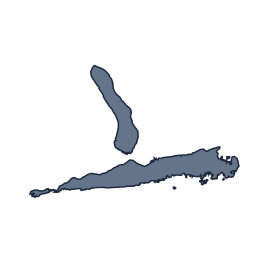 the district of Kepulauan Sula, Maluku Utara, Indonesia, rotated 173°
{"feature_id": "22746128B81791072961966", "entity_name": "Kepulauan Sula", "entity_type": "district", "adm_level": 2, "iso_a3": "IDN", "parent_name": "Indonesia", "parent_adm1": "Maluku Utara", "projection": "mercator", "projection_center": [125.8, -2.114], "detail": "fine", "context": "isolated", "style": "filled", "palette": "slate", "viewbox_px": 256, "rotation_deg": 173, "n_neighbors": 0, "source": "geoboundaries", "source_scale": "gbopen_adm2", "svg_char_len": 5536}
<svg xmlns="http://www.w3.org/2000/svg" viewBox="0 0 256 256"><g transform="rotate(173 128 128)"><path d="M36.6,66.3L34.5,66.7L34.1,68.0L33.1,67.0L31.1,66.6L29.6,66.9L27.7,69.9L28.4,70.7L28.7,70.1L30.9,70.5L31.4,71.1L31.3,72.1L30.3,72.0L28.7,72.7L28.7,72.3L27.5,72.2L27.7,71.8L27.3,71.5L26.1,71.8L26.0,72.7L25.1,73.1L24.3,74.9L22.6,76.4L22.9,81.2L23.5,84.5L24.9,85.6L25.7,86.8L28.0,86.6L28.4,86.1L29.4,83.3L29.3,82.5L29.8,82.1L29.4,80.4L30.1,79.2L31.1,79.5L30.7,81.0L31.0,82.2L31.6,82.0L31.8,81.4L32.1,82.2L33.7,83.0L34.3,81.6L34.5,82.6L35.2,83.0L34.6,84.2L35.7,84.2L36.2,83.0L36.2,83.4L36.8,83.5L37.0,84.9L37.6,84.9L37.9,85.3L38.4,84.6L39.4,85.0L39.7,85.9L41.8,86.4L42.7,89.1L41.7,91.8L42.6,92.8L43.1,93.9L41.6,95.4L39.3,96.8L39.1,97.8L39.9,98.2L41.8,98.0L42.5,97.4L44.2,97.6L51.2,96.0L51.7,95.3L52.8,95.2L54.9,96.7L54.8,97.1L55.7,97.8L58.9,97.8L65.2,95.4L67.0,95.4L67.4,94.6L68.2,94.2L70.9,94.5L72.9,94.1L77.7,94.5L78.2,93.9L78.3,94.3L79.3,94.6L84.9,94.7L88.5,94.2L96.1,94.4L99.1,93.8L101.0,94.3L101.7,94.0L102.1,92.8L102.6,92.7L103.8,93.2L103.7,94.3L104.5,93.9L105.6,95.0L105.5,94.1L105.9,93.4L105.7,93.0L106.6,91.6L107.4,91.2L108.8,91.5L109.9,90.4L111.8,89.4L116.2,87.8L123.0,91.5L127.1,95.3L130.3,96.0L135.8,92.6L137.2,92.2L139.1,92.4L142.0,92.0L144.7,90.6L147.0,90.1L149.8,88.3L151.8,88.1L155.4,86.2L159.4,85.9L161.1,85.1L162.7,85.1L163.1,85.5L170.1,87.4L174.1,86.5L177.1,85.0L178.8,84.6L180.6,83.4L182.3,83.0L184.7,83.6L186.7,84.9L186.7,85.2L189.5,85.2L194.7,81.2L197.6,80.9L200.0,79.4L203.1,78.7L204.1,76.7L206.2,74.4L207.7,74.4L209.0,73.5L208.2,73.5L207.9,73.0L206.8,72.8L206.2,73.0L204.5,72.9L204.5,73.5L203.9,73.9L202.3,74.1L201.7,73.6L202.3,74.2L202.2,75.0L200.4,76.0L199.4,74.7L198.2,75.6L197.5,75.6L196.6,74.4L194.9,74.6L193.4,73.6L191.2,74.2L189.5,73.8L185.4,74.0L182.7,73.6L182.1,73.2L182.2,72.0L181.4,72.3L180.6,71.6L178.2,72.3L177.5,72.0L177.4,72.4L176.9,72.5L174.2,72.3L173.9,71.9L171.4,72.7L168.1,72.8L161.0,72.3L155.3,71.1L137.1,70.0L136.1,70.4L129.0,69.5L127.8,70.3L123.9,69.8L123.5,71.0L122.6,70.8L122.2,71.9L120.1,71.9L119.1,71.2L118.2,71.2L117.5,72.0L116.1,71.2L115.0,71.5L114.3,71.2L113.1,71.6L112.6,72.6L111.3,72.8L108.6,72.5L107.8,71.9L107.0,72.3L106.6,71.7L105.5,71.7L105.9,70.7L104.8,70.4L105.1,72.1L104.6,72.5L103.9,71.7L103.9,72.5L103.5,73.0L102.9,72.5L103.0,71.9L102.6,72.1L102.3,71.8L101.6,72.3L100.6,71.9L100.3,72.1L100.1,73.4L99.3,73.5L99.1,71.9L98.5,71.8L97.8,72.9L95.7,73.6L96.0,75.1L94.6,76.0L94.3,75.7L94.5,74.9L93.7,74.9L93.4,73.8L93.0,73.7L91.1,74.3L89.8,76.2L88.9,76.0L88.2,74.8L86.1,75.5L80.8,74.6L79.1,76.2L77.3,75.9L77.4,74.9L76.2,73.0L75.5,73.3L75.1,74.4L72.8,74.3L72.1,73.8L72.5,72.9L71.8,72.2L70.8,73.3L69.9,72.9L70.1,71.6L69.3,72.4L65.3,71.2L63.8,71.5L63.0,71.0L61.5,72.6L61.5,71.5L61.0,71.4L61.9,69.5L61.2,68.2L59.9,68.8L59.6,69.6L58.6,70.3L58.7,72.8L57.7,71.0L57.1,70.9L57.2,71.4L56.6,71.9L56.9,74.0L56.6,73.9L56.3,72.8L55.6,72.2L55.0,73.3L54.5,73.1L54.2,74.6L53.9,74.7L53.3,73.8L53.4,72.0L51.9,74.3L51.4,73.4L51.7,72.5L51.0,72.4L50.7,71.9L50.9,71.2L50.0,71.0L49.4,71.4L49.1,70.7L50.4,69.9L51.7,68.0L51.7,67.6L50.3,66.8L49.3,67.4L48.5,66.9L47.6,67.1L46.1,66.7L45.5,67.4L45.3,69.4L44.8,70.7L44.0,70.9L43.6,70.2L40.5,72.5L39.4,72.0L39.3,70.6L38.0,70.2L37.5,66.7L36.6,66.3ZM129.4,103.6L129.2,103.1L129.5,102.7L128.9,102.4L127.9,102.9L127.2,104.0L126.6,104.0L126.3,106.3L124.8,107.1L123.0,110.6L121.5,111.8L119.0,118.1L118.6,123.9L119.4,124.7L119.9,126.4L120.8,127.3L123.1,132.4L123.1,134.8L124.3,139.0L122.9,142.5L122.9,145.4L124.3,147.9L127.6,151.4L129.5,154.8L130.8,156.0L132.2,159.5L135.0,162.5L137.0,165.8L137.9,169.7L137.5,173.2L137.9,173.8L137.7,174.8L138.2,177.5L138.8,179.3L139.9,180.5L140.1,182.3L140.9,184.0L144.1,188.2L147.9,190.9L151.9,192.9L152.6,193.7L153.8,194.1L155.4,192.8L157.7,189.3L158.2,187.5L158.0,183.6L153.4,174.2L152.0,172.6L151.9,170.4L148.7,164.2L148.5,161.6L145.8,155.7L144.8,154.5L144.8,153.5L141.5,148.3L140.0,144.3L138.9,142.5L137.1,136.0L137.0,133.6L137.6,129.1L140.8,120.5L141.8,118.9L141.4,117.3L142.7,116.9L143.5,115.4L143.2,114.5L143.4,111.9L142.6,111.1L142.5,109.9L140.6,108.6L140.4,107.8L139.5,108.0L139.2,107.1L137.5,106.3L136.9,104.9L136.3,104.9L136.1,105.3L135.2,104.6L135.3,104.2L134.7,104.5L134.4,103.9L134.8,103.6L134.3,103.3L133.2,103.0L133.6,103.3L133.4,103.7L132.8,103.3L132.0,103.9L131.3,103.1L130.8,103.6L130.4,102.9L129.4,103.6ZM228.0,70.9L226.4,71.2L225.0,71.0L223.5,72.4L222.2,73.0L218.5,73.1L215.8,73.7L214.5,73.6L213.0,74.7L208.5,75.5L209.6,76.1L213.7,75.5L213.3,76.3L214.5,76.2L214.4,77.4L214.8,77.5L216.7,77.3L217.9,76.4L220.0,75.9L223.6,76.3L224.7,77.1L227.0,77.7L229.3,77.6L232.1,76.8L233.4,74.5L229.6,74.6L229.2,74.2L231.4,73.1L230.4,72.8L230.3,72.4L232.0,71.8L229.1,71.5L226.7,72.1L228.0,70.9ZM61.8,63.0L60.8,62.7L59.5,63.6L58.9,65.2L58.6,63.8L57.8,63.5L56.9,64.4L56.7,65.3L55.4,66.0L55.3,66.8L56.4,67.0L57.2,66.5L58.0,66.5L58.7,65.6L59.6,66.2L60.0,65.7L60.4,66.5L60.8,66.4L60.4,67.1L60.9,67.3L63.2,66.8L63.4,66.1L62.4,65.7L61.7,64.6L61.8,63.0ZM32.8,85.1L30.9,85.8L30.6,87.1L33.4,87.5L33.5,85.4L32.8,85.1ZM89.4,63.9L90.5,62.9L90.4,62.5L89.3,61.9L88.2,62.1L88.0,62.6L89.4,63.9ZM39.0,86.1L37.9,87.3L38.0,88.1L38.6,88.3L39.2,87.5L39.6,86.3L39.0,86.1ZM109.9,91.5L109.7,91.2L108.9,91.5L107.7,92.8L108.8,92.6L109.9,91.5ZM39.7,64.7L38.8,65.3L39.3,66.2L40.3,65.2L39.7,64.7ZM76.4,71.7L75.8,71.9L76.0,72.8L76.5,72.5L76.4,71.7ZM107.9,71.6L108.4,71.1L108.0,70.8L107.9,71.6ZM132.6,102.1L131.9,102.1L131.5,102.7L132.0,102.7L132.6,102.1ZM38.7,69.6L39.0,70.1L39.0,69.4L38.7,69.6Z" fill="#64748b" stroke="#1e293b" stroke-width="1.5"/></g></svg>